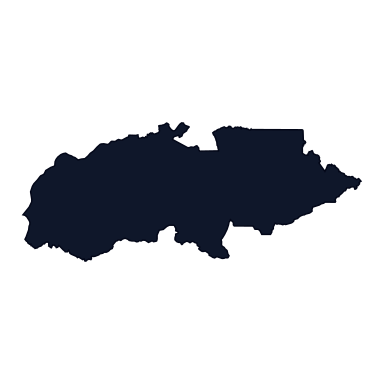 Carlos Julio Arosemena Tola, Napo, Ecuador
{"feature_id": "8360857B58627909026885", "entity_name": "Carlos Julio Arosemena Tola", "entity_type": "district", "adm_level": 2, "iso_a3": "ECU", "parent_name": "Ecuador", "parent_adm1": "Napo", "projection": "mercator", "projection_center": [-77.909, -1.166], "detail": "fine", "context": "isolated", "style": "filled", "palette": "ink", "viewbox_px": 384, "rotation_deg": 0, "n_neighbors": 0, "source": "geoboundaries", "source_scale": "gbopen_adm2", "svg_char_len": 6025}
<svg xmlns="http://www.w3.org/2000/svg" viewBox="0 0 384 384"><path d="M25.0,239.3L26.3,241.0L27.4,241.7L28.1,243.2L29.8,244.3L30.9,244.1L31.0,245.6L32.4,246.0L32.9,246.8L33.4,246.9L34.2,247.7L34.7,247.7L35.0,248.4L37.5,247.8L38.4,246.8L41.0,246.0L43.3,243.8L43.8,243.6L44.5,243.8L45.3,242.7L46.6,242.0L48.2,242.2L48.8,242.8L48.7,244.4L48.9,245.3L48.7,246.0L51.2,247.8L51.4,247.8L52.5,245.1L54.5,245.2L54.7,245.7L55.7,246.3L56.3,247.6L57.7,247.2L58.9,245.4L63.3,249.9L64.7,251.0L65.2,251.8L67.4,251.8L68.2,250.6L68.7,250.3L70.0,253.3L71.3,254.2L76.6,256.5L77.4,257.6L78.6,257.1L79.3,257.3L80.0,257.9L82.7,259.6L84.0,258.9L84.3,259.1L84.8,260.9L85.2,261.1L86.4,260.8L86.9,260.0L88.8,259.1L90.9,259.6L91.4,258.9L91.4,256.8L91.9,256.2L93.5,256.5L94.9,256.3L98.9,254.8L99.6,253.9L102.8,253.2L104.1,252.2L106.2,252.2L107.7,251.6L109.1,250.6L110.1,249.4L112.2,248.5L113.0,246.5L112.6,245.1L115.9,241.1L117.1,240.8L118.4,239.9L119.4,239.9L120.6,240.4L121.3,240.1L122.3,239.1L125.1,238.2L128.0,239.3L129.2,240.4L131.8,240.9L134.4,240.9L136.6,241.8L138.1,241.6L138.8,240.9L139.4,240.7L141.1,241.0L142.8,240.1L145.3,240.3L148.5,242.4L151.2,241.2L151.6,240.8L152.2,240.8L153.6,241.7L156.1,241.2L156.7,240.8L157.1,239.0L157.1,235.1L159.2,230.2L163.3,229.4L166.8,226.4L169.3,225.2L173.6,225.2L174.4,225.6L175.6,228.0L176.0,228.9L175.7,230.3L175.9,230.9L177.7,231.4L178.2,232.4L178.2,233.0L177.3,233.5L175.7,234.1L175.7,235.6L175.0,237.8L175.0,239.8L176.7,241.6L178.4,242.3L180.1,242.4L180.6,242.6L181.3,244.0L181.9,244.5L182.5,244.1L183.2,243.0L186.5,241.2L188.1,241.5L190.0,242.7L190.8,242.3L191.7,241.4L193.1,241.5L195.1,242.7L196.8,243.0L197.4,245.6L199.7,246.9L199.7,247.3L198.8,248.8L199.0,249.2L201.2,250.9L202.2,251.4L203.8,251.4L205.3,251.0L209.0,253.5L209.1,255.1L209.4,255.4L210.6,255.9L212.9,257.4L214.7,257.9L216.8,256.6L222.1,258.4L223.9,258.3L225.4,257.7L227.4,257.8L228.0,257.6L229.0,255.8L227.8,253.9L227.0,250.5L225.1,248.9L224.2,247.5L222.1,246.1L221.7,245.4L221.5,244.7L221.6,241.7L221.1,240.0L221.4,239.1L222.3,238.1L224.6,234.3L227.0,229.4L228.5,224.9L229.0,222.1L229.9,221.0L230.4,219.7L233.0,222.0L233.4,223.1L233.4,224.9L234.2,225.9L252.8,226.0L254.2,227.6L254.5,228.7L255.0,229.2L258.1,229.3L258.9,229.7L260.2,231.1L261.8,234.4L270.5,234.4L271.7,232.3L271.9,230.7L271.6,230.0L272.6,229.7L273.3,228.7L273.3,226.8L275.1,223.2L276.9,224.1L279.0,223.7L279.5,224.0L280.5,224.0L282.8,224.7L284.3,224.1L285.7,224.5L291.1,223.0L292.1,222.5L293.5,221.4L293.9,220.1L294.4,219.4L297.6,218.5L298.8,217.2L300.4,216.0L302.8,215.0L304.5,214.8L305.5,214.1L309.6,213.0L311.0,212.1L312.1,211.1L311.9,209.7L312.7,207.1L319.3,205.0L321.2,203.8L323.6,203.2L325.1,202.1L335.2,202.2L335.6,201.5L335.1,199.8L336.2,197.7L337.5,196.8L338.9,196.6L339.3,195.5L342.4,192.8L343.8,191.1L345.5,190.6L346.6,188.2L347.1,187.9L349.7,188.0L350.8,187.1L353.4,186.7L354.2,187.3L354.9,189.2L355.8,189.0L356.9,187.7L356.6,185.9L357.9,185.7L359.5,183.8L359.1,182.5L361.0,181.2L358.9,178.8L358.5,178.6L357.3,179.4L356.3,179.5L354.9,178.3L353.8,178.1L352.7,176.6L351.7,176.6L350.1,177.1L349.4,176.6L347.3,176.7L346.1,175.8L345.3,175.9L344.1,173.7L341.0,172.7L339.6,171.3L338.9,171.5L338.4,169.2L337.5,168.9L336.9,167.9L336.1,167.3L335.4,167.5L335.2,166.0L334.6,165.9L334.2,165.3L333.3,165.7L332.1,164.8L331.5,165.5L331.2,164.5L330.5,165.1L329.3,164.6L327.7,165.1L326.2,168.9L324.9,171.4L319.8,164.3L319.0,162.9L320.2,161.5L320.2,161.0L319.2,159.4L319.5,157.6L318.6,155.8L317.3,155.0L315.7,154.9L314.5,154.2L313.9,154.2L312.9,152.5L312.5,151.1L312.1,150.7L309.8,151.8L309.2,151.7L308.9,152.5L308.1,153.5L308.1,154.8L307.8,155.1L307.1,154.9L306.6,155.3L305.3,155.2L302.6,153.5L302.4,153.2L302.3,147.4L303.0,146.4L302.6,145.4L303.6,145.1L303.4,143.7L304.7,143.8L305.6,142.5L305.2,141.4L303.8,140.6L303.3,139.8L303.0,130.8L302.7,130.1L302.1,129.8L251.2,129.6L251.3,129.3L251.1,129.0L250.3,130.0L249.2,130.0L248.2,129.2L247.3,129.4L246.8,128.4L245.8,128.7L244.1,128.5L243.6,128.2L241.7,128.5L241.2,128.9L241.0,128.4L241.5,127.5L240.6,127.0L240.0,127.6L237.3,127.1L236.5,127.8L236.0,127.3L235.2,127.2L234.4,128.0L233.3,128.6L232.1,128.3L230.9,127.5L230.6,127.1L230.7,126.6L229.5,126.3L228.8,126.4L228.5,127.4L227.6,127.3L226.2,128.1L224.2,126.9L220.7,128.3L219.9,129.1L218.8,129.2L217.4,129.8L216.7,130.3L216.4,130.8L214.5,131.4L212.8,132.8L213.5,134.7L214.8,136.2L215.2,137.6L215.8,138.6L216.0,139.9L216.8,141.8L217.1,145.3L217.9,146.4L218.0,148.0L218.5,149.6L218.5,150.9L199.7,151.2L198.5,149.4L198.7,148.1L196.9,145.8L196.0,146.0L193.7,147.3L190.9,147.0L189.7,147.5L187.9,147.8L172.5,139.5L173.4,137.3L174.4,136.5L178.2,135.4L179.0,135.5L179.1,137.0L179.6,137.3L181.9,136.0L182.8,133.4L186.5,130.9L187.1,129.4L189.1,127.0L188.9,126.7L185.4,125.5L184.0,124.4L183.5,123.1L181.6,122.9L180.3,123.8L178.9,125.4L175.3,130.3L174.3,130.8L173.2,130.9L171.4,129.8L169.6,127.6L168.7,126.1L168.8,124.6L168.4,124.1L167.0,123.2L166.5,123.1L164.9,124.3L163.4,125.0L162.7,125.0L162.2,125.4L160.9,125.4L160.2,125.7L159.4,125.6L158.8,125.9L159.3,128.4L159.0,129.1L159.6,130.9L158.7,132.6L154.8,134.1L153.5,134.0L152.5,133.0L152.0,133.0L151.5,133.6L150.8,133.0L149.4,133.8L148.9,135.2L148.5,135.2L147.8,134.4L147.5,134.4L146.8,137.4L145.6,136.8L145.4,137.3L144.4,137.9L142.7,137.3L140.5,138.2L138.8,138.2L138.4,138.0L137.9,134.9L135.9,135.4L129.2,135.2L128.9,135.3L128.5,137.0L126.9,137.5L122.1,140.1L120.6,140.1L118.6,139.5L117.2,140.1L115.8,141.2L114.6,141.5L111.8,141.3L110.8,141.9L109.1,143.8L107.7,144.5L103.8,143.8L101.1,144.0L100.1,144.4L97.1,147.1L93.6,151.0L90.3,153.3L88.0,156.0L84.9,158.7L81.3,159.1L78.1,160.0L75.0,157.6L72.7,156.8L71.7,156.0L68.6,155.0L65.7,153.2L63.8,153.5L62.3,154.0L60.8,154.7L57.8,157.1L56.1,159.4L55.1,161.7L54.8,165.5L54.2,166.2L50.9,167.4L45.8,170.5L44.2,173.9L42.6,175.0L40.9,175.7L40.0,176.6L37.5,179.9L33.9,183.8L32.4,186.4L30.6,191.8L31.8,199.4L31.7,201.9L29.2,207.1L23.0,214.8L25.0,215.3L26.9,216.9L29.4,220.9L29.9,222.4L29.9,224.3L29.1,226.2L28.7,229.9L26.2,236.9L25.0,239.3Z" fill="#0f172a" stroke="#020617" stroke-width="1.5"/></svg>